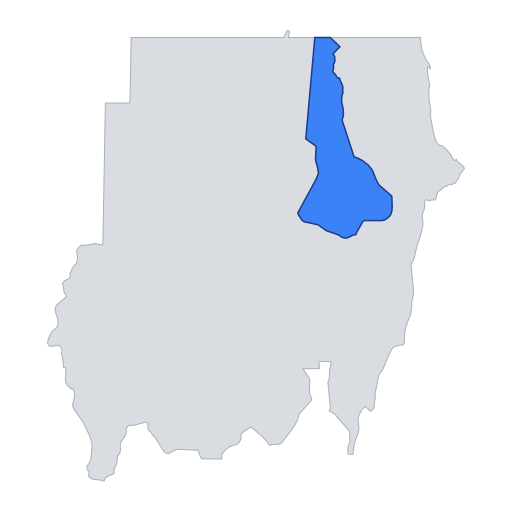 River Nile on a map of Sudan (Equal Earth projection)
{"feature_id": "SDN-877", "entity_name": "River Nile", "entity_type": "State", "adm_level": 1, "iso_a3": "SDN", "parent_name": "Sudan", "parent_adm1": "", "projection": "equal_earth", "projection_center": [33.548, 18.954], "detail": "fine", "context": "in_parent", "style": "filled", "palette": "blue", "viewbox_px": 512, "rotation_deg": 0, "n_neighbors": 0, "source": "natural_earth", "source_scale": "10m", "svg_char_len": 5294}
<svg xmlns="http://www.w3.org/2000/svg" viewBox="0 0 512 512"><path d="M353.0,454.4L348.3,454.4L347.8,452.9L347.9,448.8L348.4,445.8L350.1,440.9L349.7,438.2L350.0,434.4L348.7,430.1L337.5,417.7L335.3,414.3L329.3,411.1L330.3,407.6L327.9,382.2L329.1,379.3L329.5,374.8L329.4,370.9L330.9,364.4L331.0,361.7L319.1,361.5L319.0,364.3L319.5,367.4L319.5,368.6L302.9,368.7L309.5,378.7L309.8,383.1L309.5,388.5L309.5,392.0L309.9,394.3L311.7,398.7L311.6,399.6L311.1,400.6L299.3,413.9L297.4,420.1L295.8,423.3L292.4,428.8L281.6,443.0L279.8,444.0L271.6,444.5L270.8,444.8L270.1,445.5L269.8,445.3L262.8,437.0L251.0,426.9L243.2,432.1L241.0,434.1L241.0,438.9L239.8,441.4L237.7,444.1L231.9,445.8L228.9,447.2L225.3,449.9L221.8,454.5L221.5,456.9L221.9,459.0L201.9,458.9L200.6,457.2L197.8,449.7L195.7,450.2L177.6,449.3L175.0,450.1L169.7,453.1L167.1,453.7L164.4,452.2L155.0,437.4L152.9,435.6L150.8,432.1L148.8,430.6L148.1,429.4L147.9,427.8L148.0,424.6L147.3,422.6L145.8,422.1L133.0,425.5L131.1,425.1L128.4,425.7L127.5,426.4L126.4,428.3L126.2,432.4L125.8,434.4L124.8,436.6L121.1,441.7L120.3,443.9L120.4,449.4L120.1,452.2L119.6,453.5L118.0,455.6L117.4,456.9L116.7,463.9L114.6,468.2L114.1,469.8L114.0,472.9L113.7,473.8L107.8,476.3L105.6,477.8L104.3,480.2L104.0,481.3L101.5,480.4L98.3,479.8L92.2,479.0L89.8,477.9L88.7,476.2L89.1,471.9L88.5,471.0L87.5,470.2L86.9,468.4L87.1,466.1L90.3,461.1L91.0,458.5L92.0,446.0L91.8,442.2L89.3,435.2L83.6,423.2L82.2,420.8L75.1,410.9L74.2,409.5L72.5,405.3L74.6,396.1L74.7,393.6L74.3,391.0L72.5,389.0L70.8,388.8L68.7,386.3L67.3,385.2L66.1,383.1L65.3,380.1L66.0,369.3L65.6,367.9L63.8,367.5L63.4,366.7L63.5,364.6L62.6,358.5L61.5,353.4L62.2,350.6L60.7,346.8L57.7,345.2L51.9,346.4L50.1,346.2L48.9,345.5L48.0,344.1L47.6,342.4L48.1,339.9L49.8,335.4L51.9,331.6L56.1,328.2L57.3,326.4L57.9,324.4L58.1,322.0L57.8,319.6L57.4,317.4L56.2,314.4L55.2,311.0L55.2,308.6L55.7,306.9L56.9,304.9L61.1,301.0L65.4,297.7L66.1,296.5L65.9,295.1L64.0,292.4L63.5,287.2L62.4,283.5L64.6,280.8L66.3,279.8L68.7,278.9L69.7,277.8L70.1,275.6L70.0,273.5L70.9,271.9L72.2,268.6L73.2,267.0L76.5,263.1L77.2,260.6L77.5,258.1L76.7,250.7L78.7,247.7L81.1,245.1L84.5,245.3L89.8,244.7L93.5,243.7L96.0,243.7L101.9,245.1L102.5,244.5L102.9,242.5L105.4,103.0L129.6,103.0L129.9,102.8L131.2,37.5L282.8,37.5L284.1,37.3L286.5,31.2L287.5,30.7L289.1,31.1L289.6,32.5L288.3,37.5L420.6,37.4L421.0,44.9L422.1,50.8L425.9,59.4L429.1,63.9L430.3,66.5L430.4,67.7L430.3,68.7L429.3,67.5L427.7,66.6L427.5,70.6L428.3,78.8L429.7,84.6L428.8,89.9L429.0,98.9L430.8,109.7L430.5,116.6L433.4,132.8L436.2,141.7L437.7,143.9L439.3,145.1L442.5,145.9L447.3,150.4L451.1,155.3L452.4,157.8L454.3,160.6L455.5,160.1L456.3,159.3L457.5,161.6L463.5,166.4L464.4,168.7L462.3,170.9L459.8,174.7L458.7,178.2L458.0,179.3L456.1,181.5L455.8,182.6L454.9,183.3L454.0,183.3L452.0,184.5L450.1,184.1L448.3,184.8L447.6,185.6L446.2,186.4L444.2,186.8L441.1,189.8L438.4,191.2L437.5,192.4L436.1,198.4L435.1,199.9L431.1,200.1L429.2,200.6L426.5,199.9L425.2,200.0L424.9,201.3L424.4,206.4L424.5,208.6L422.3,214.4L423.0,225.3L420.9,233.5L420.6,235.4L418.4,241.9L417.3,244.3L414.6,256.4L413.5,260.2L411.1,264.1L413.7,293.3L411.7,302.3L411.8,307.2L410.5,314.4L409.4,317.8L407.6,321.8L406.1,326.3L404.8,332.3L404.0,343.6L403.5,344.6L396.4,346.0L394.1,346.8L392.6,348.0L390.8,350.9L387.2,358.9L385.3,363.7L382.3,370.4L378.8,375.1L378.1,377.4L377.5,381.7L376.2,388.5L375.0,393.3L375.3,397.1L374.2,403.9L374.3,407.1L373.1,409.0L371.5,410.7L370.3,411.1L365.3,406.6L361.8,409.7L359.6,414.1L357.9,418.5L358.9,427.8L358.8,429.8L358.4,432.1L355.0,441.2L354.1,445.4L353.1,452.7L353.0,454.4Z" fill="#d9dde1" stroke="#a8b0b8" stroke-width="1"/><path d="M314.8,37.5L315.3,37.5L317.8,37.5L320.3,37.5L322.8,37.5L325.3,37.5L327.8,37.5L330.3,37.5L339.9,46.8L333.0,53.8L333.4,54.4L333.8,55.0L334.1,55.3L334.3,55.5L334.4,55.8L334.6,56.4L334.7,56.8L334.7,58.3L334.8,59.1L334.9,59.7L334.9,60.1L334.9,60.5L334.7,61.7L334.7,61.9L334.5,62.3L334.4,62.6L333.6,63.9L333.5,64.1L333.4,64.4L333.6,66.7L333.6,67.8L333.4,68.5L333.0,70.2L333.0,70.5L332.9,71.2L332.9,71.5L333.0,71.7L333.0,71.8L333.3,72.5L333.6,72.8L335.0,73.9L335.2,74.2L336.7,76.8L336.9,77.0L337.3,77.4L337.5,77.6L337.8,77.7L338.1,77.8L339.2,78.1L339.3,78.2L339.5,78.3L339.7,78.6L339.8,78.7L340.2,80.5L340.7,81.6L340.8,81.8L341.0,82.0L341.3,82.5L341.7,83.7L342.0,84.3L342.4,85.5L342.8,86.5L342.9,87.3L342.9,87.6L342.9,87.9L342.8,89.3L342.7,91.2L342.8,91.5L343.0,92.2L343.1,92.3L342.6,93.3L342.1,95.2L341.7,98.6L341.6,101.1L341.8,103.0L343.0,108.0L343.4,113.3L343.4,114.9L343.3,115.7L343.0,117.2L342.2,119.5L342.1,120.0L342.2,120.4L353.8,156.1L354.0,156.6L354.4,156.9L358.0,158.2L362.6,160.7L368.3,165.1L371.2,168.6L372.1,169.9L372.6,170.8L375.8,178.8L378.2,183.7L378.7,184.4L379.6,185.5L391.8,196.1L392.2,206.9L391.9,210.8L390.9,214.2L389.4,216.4L387.8,217.8L385.7,219.4L383.8,220.2L381.9,220.6L365.0,220.6L363.7,220.8L363.0,221.3L356.8,232.2L355.8,234.6L352.1,235.4L351.3,236.0L348.0,237.6L346.3,238.0L344.7,238.1L343.7,237.9L341.6,237.1L338.5,234.9L326.3,230.7L318.5,225.1L317.3,224.6L304.3,221.8L303.0,221.1L301.9,219.9L298.7,215.3L298.3,214.4L297.8,212.9L315.8,179.8L318.5,173.3L318.0,170.6L318.0,169.1L315.6,160.3L315.5,160.1L316.1,146.5L316.1,146.3L316.0,146.2L306.0,139.0L305.9,138.8L305.8,138.7L314.8,37.5Z" fill="#3b82f6" stroke="#1e3a8a" stroke-width="1.5"/></svg>